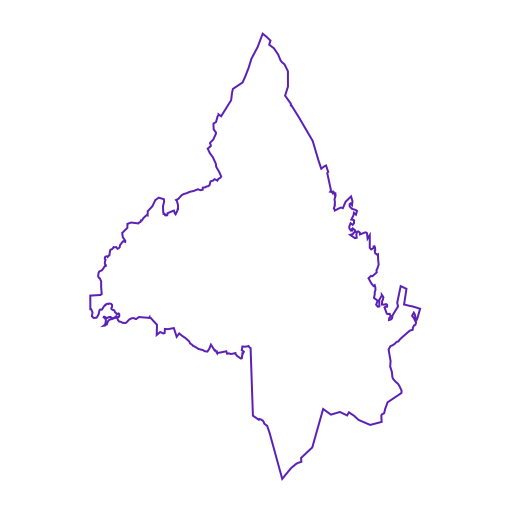 the district of Stalbes pag., Pargaujas, Latvia, rotated 91°
{"feature_id": "27541924B34232814184003", "entity_name": "Stalbes pag.", "entity_type": "district", "adm_level": 2, "iso_a3": "LVA", "parent_name": "Latvia", "parent_adm1": "Pargaujas", "projection": "robinson", "projection_center": [25.027, 57.415], "detail": "fine", "context": "isolated", "style": "outline", "palette": "violet", "viewbox_px": 512, "rotation_deg": 91, "n_neighbors": 0, "source": "geoboundaries", "source_scale": "gbopen_adm2", "svg_char_len": 6116}
<svg xmlns="http://www.w3.org/2000/svg" viewBox="0 0 512 512"><g transform="rotate(91 256 256)"><path d="M327.0,98.0L325.2,98.0L322.7,96.8L322.7,96.4L321.9,95.4L319.7,94.8L315.3,97.1L313.1,98.9L309.9,97.2L311.2,96.4L313.8,95.6L314.3,95.8L315.9,95.1L316.9,94.2L314.9,93.4L305.9,91.0L303.6,98.8L303.4,100.6L301.9,107.1L286.2,105.0L283.6,110.8L300.2,114.0L303.9,113.1L313.1,118.5L316.0,118.9L317.1,120.0L317.7,121.9L315.7,121.7L314.1,120.3L311.5,121.3L311.8,123.4L311.2,124.3L305.2,126.6L304.5,125.7L304.4,124.1L302.7,124.0L302.0,124.7L301.8,125.3L302.3,126.4L302.4,129.2L298.8,129.1L297.6,128.4L294.9,127.9L292.5,129.6L293.5,129.6L297.7,132.0L304.3,131.8L304.6,133.3L302.6,135.0L298.5,133.6L295.9,137.3L292.1,136.6L290.5,136.7L287.9,136.0L285.5,136.1L283.1,136.8L284.0,137.9L281.8,139.9L276.3,143.1L273.9,140.7L274.2,139.3L270.3,135.0L268.1,135.3L266.6,134.5L262.4,133.2L257.8,133.8L252.1,134.1L252.5,135.1L251.1,136.9L248.6,137.4L248.2,136.9L245.6,137.1L244.2,137.7L244.4,138.6L246.0,138.5L247.4,141.0L245.8,142.4L233.2,142.6L236.7,144.7L231.3,145.4L230.7,146.0L230.5,146.8L230.7,147.8L232.6,152.4L230.8,152.6L229.6,154.3L230.1,155.5L232.7,156.0L236.1,155.7L236.4,157.4L233.2,162.2L232.4,159.6L231.0,158.7L230.4,157.6L228.7,157.3L226.8,159.6L228.5,160.2L227.8,160.9L228.9,161.5L226.7,163.2L224.7,163.2L221.6,162.0L223.2,159.9L221.5,158.6L218.6,158.6L218.1,159.8L217.9,161.3L213.8,159.3L211.1,158.8L212.9,156.8L209.1,155.8L208.1,157.5L207.2,160.9L204.8,163.2L202.5,163.3L201.7,162.2L203.4,160.9L199.5,160.5L194.8,162.0L200.1,167.3L206.7,170.0L206.1,171.6L206.3,172.6L209.1,177.9L208.6,177.9L207.1,179.0L203.8,178.0L202.9,178.3L202.4,178.0L200.2,178.1L198.2,178.5L196.7,178.2L196.1,177.9L194.8,177.9L194.4,177.5L193.4,178.4L192.7,177.6L191.9,177.7L191.8,178.1L192.2,178.1L191.7,178.7L191.9,178.8L191.3,179.1L191.4,179.4L190.9,179.5L191.0,180.1L190.3,180.3L190.7,181.0L191.0,181.0L190.6,181.3L190.7,181.9L190.1,182.2L190.2,182.8L189.0,182.2L171.9,186.2L170.7,185.3L164.3,187.5L165.1,189.2L167.6,192.3L158.8,195.4L140.0,201.3L116.5,215.6L104.8,223.2L104.8,223.8L103.0,223.9L95.2,229.7L86.1,227.0L70.7,227.3L63.8,230.9L61.7,233.6L59.7,235.0L54.3,237.3L47.9,241.8L44.5,246.5L40.4,245.3L36.9,249.0L33.6,253.2L47.0,258.0L58.8,264.0L68.1,266.7L76.5,269.8L82.7,272.4L89.3,282.0L93.3,282.8L100.7,283.6L116.9,293.3L115.0,295.9L115.7,295.9L116.9,296.8L122.7,298.3L124.3,300.7L124.6,300.9L130.2,300.5L133.2,298.2L134.7,298.3L140.4,300.8L143.5,303.8L144.3,303.9L145.8,303.2L146.8,303.1L149.5,306.2L154.0,303.9L158.1,300.8L160.6,299.6L164.4,297.8L167.6,297.3L172.6,294.3L177.1,292.2L178.3,292.8L179.5,294.9L181.3,296.0L180.9,296.5L179.9,298.8L181.4,300.3L182.2,302.8L186.0,303.7L187.0,305.0L187.5,307.0L188.2,307.8L188.6,310.4L190.7,310.5L191.2,312.5L190.3,315.3L192.0,319.3L193.1,323.7L194.2,325.8L195.3,329.3L196.5,331.4L200.3,334.7L201.4,336.9L202.2,336.1L206.4,334.9L210.4,334.8L210.4,335.1L212.2,335.5L215.7,337.1L214.8,337.9L212.0,338.9L214.7,345.1L216.6,345.4L217.0,345.9L216.9,346.4L216.4,346.3L216.4,346.5L216.7,347.1L216.4,347.2L216.6,347.7L215.7,348.1L215.6,348.6L215.4,348.6L215.5,349.1L214.8,349.1L214.1,349.5L207.9,349.9L203.4,348.8L200.8,349.1L199.4,354.3L201.8,357.6L208.1,360.5L213.1,365.0L217.3,365.1L216.9,365.9L219.9,369.1L222.5,370.8L222.4,371.6L224.0,372.1L224.6,373.5L225.5,374.2L224.7,381.3L226.1,385.1L230.1,385.1L235.3,390.2L239.5,389.5L243.2,386.9L244.2,387.1L243.5,388.5L243.6,389.2L247.4,392.1L249.7,392.5L250.8,393.6L251.2,394.6L249.5,396.0L249.9,398.1L249.6,398.5L251.6,399.9L252.3,401.6L253.2,402.0L257.9,402.6L258.0,403.1L259.5,404.3L259.0,404.6L258.9,405.1L259.3,406.6L259.8,406.9L261.4,407.2L262.6,406.4L264.5,407.0L266.5,407.0L267.5,406.1L268.5,405.9L268.7,406.1L268.5,406.7L268.7,407.0L271.5,408.7L273.0,409.9L274.2,412.4L275.6,413.1L279.0,413.5L280.5,412.7L280.9,411.9L284.0,410.4L289.6,410.3L296.8,409.6L297.1,410.3L297.7,410.8L298.5,421.0L311.8,420.7L312.0,420.7L312.0,420.0L312.2,419.8L315.2,418.5L319.2,419.0L320.8,417.2L320.4,414.2L317.1,412.4L312.9,411.5L312.2,410.9L312.4,409.5L312.2,409.0L309.0,407.2L308.3,406.3L307.5,405.9L307.6,405.5L306.6,404.6L306.4,404.1L306.4,403.0L306.6,402.8L306.1,402.1L306.3,400.2L307.2,399.2L308.1,399.0L309.6,399.1L310.5,399.7L311.4,399.7L312.3,398.7L312.5,397.3L313.0,396.7L314.8,395.9L315.2,395.2L316.7,394.0L315.8,392.6L316.0,392.1L316.5,391.7L318.8,391.7L319.3,392.1L319.5,393.3L318.8,394.6L318.9,395.2L320.1,396.4L320.8,398.5L320.5,399.3L319.5,400.3L319.6,401.9L320.6,403.8L320.7,404.4L319.4,406.2L319.4,407.0L319.9,407.3L321.0,405.7L321.7,405.5L322.1,405.1L323.1,405.0L326.2,405.4L327.6,406.1L328.4,407.1L328.2,405.8L326.9,404.4L326.9,403.9L323.9,402.9L323.1,402.4L321.9,400.7L321.6,398.8L320.3,396.1L320.3,393.6L322.6,392.8L323.9,391.7L324.1,390.3L325.1,388.2L325.3,385.7L325.0,384.7L321.6,381.5L320.6,379.5L320.3,378.5L320.3,376.8L321.1,375.3L321.1,374.7L319.1,372.0L319.7,361.9L319.0,361.4L319.8,361.3L319.8,360.2L326.5,353.8L336.7,353.9L333.7,350.5L335.1,347.1L334.6,346.0L330.5,345.8L330.7,342.8L329.5,336.9L338.2,333.9L334.8,331.4L337.3,328.2L339.2,325.2L342.6,321.3L344.6,320.3L345.8,318.4L347.2,317.1L347.3,316.3L350.0,311.7L351.0,307.4L352.1,305.7L352.4,302.9L349.6,301.1L345.4,299.5L351.3,295.6L351.0,294.9L354.0,293.1L353.3,292.9L353.7,292.7L351.8,284.0L354.2,283.2L353.8,281.2L354.2,280.5L354.4,278.8L353.4,274.9L354.4,274.8L356.5,272.8L358.8,269.4L358.5,268.4L353.9,267.9L354.2,267.5L351.9,266.5L350.4,268.6L346.7,268.0L346.9,266.0L346.5,262.7L346.1,262.0L347.7,260.7L348.2,259.8L415.7,256.3L419.7,250.3L418.9,249.9L419.3,248.3L420.5,246.3L422.0,245.3L423.5,244.8L425.6,241.9L432.7,239.3L478.4,225.9L467.4,217.2L463.1,212.2L462.1,210.3L461.0,207.1L457.1,207.4L446.4,196.4L407.8,186.2L413.3,178.3L410.5,169.4L413.8,162.1L410.7,160.4L414.0,155.2L418.1,150.6L422.9,138.9L419.7,127.5L413.4,127.9L412.2,127.4L410.9,125.1L407.0,124.3L400.0,121.9L390.4,108.2L388.1,108.1L383.6,110.3L381.4,111.7L379.1,114.4L376.6,116.7L374.8,117.5L369.6,118.1L364.1,119.9L358.7,119.6L347.2,121.8L343.8,120.0L343.0,118.1L341.6,116.0L339.5,114.0L338.8,112.0L337.7,111.4L335.2,109.0L328.0,101.0L327.0,98.0Z" fill="none" stroke="#5b21b6" stroke-width="2"/></g></svg>